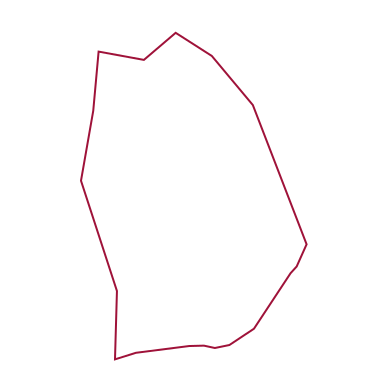 SVG path tracing the border of South Tyneside, rotated 85°
{"feature_id": "GBR-5663", "entity_name": "South Tyneside", "entity_type": "Metropolitan Borough", "adm_level": 1, "iso_a3": "GBR", "parent_name": "United Kingdom", "parent_adm1": "", "projection": "robinson", "projection_center": [-1.427, 54.955], "detail": "fine", "context": "isolated", "style": "outline", "palette": "rose", "viewbox_px": 384, "rotation_deg": 85, "n_neighbors": 0, "source": "natural_earth", "source_scale": "10m", "svg_char_len": 386}
<svg xmlns="http://www.w3.org/2000/svg" viewBox="0 0 384 384"><g transform="rotate(85 192 192)"><path d="M254.1,82.4L275.3,94.2L281.5,100.9L333.6,142.2L347.7,168.1L349.4,182.8L346.1,193.5L345.2,208.2L347.3,261.9L352.0,283.3L284.1,275.4L171.1,301.6L102.5,283.3L44.0,272.8L56.2,228.4L32.0,194.4L58.2,160.4L110.7,123.8L254.1,82.4Z" fill="none" stroke="#9f1239" stroke-width="2"/></g></svg>